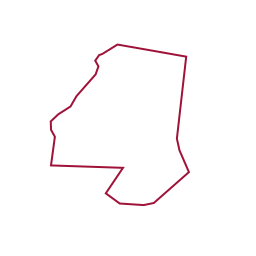 SVG path tracing the border of Vransko, rotated 331°
{"feature_id": "SVN-241", "entity_name": "Vransko", "entity_type": "Municipality", "adm_level": 1, "iso_a3": "SVN", "parent_name": "Slovenia", "parent_adm1": "", "projection": "robinson", "projection_center": [14.936, 46.238], "detail": "fine", "context": "isolated", "style": "outline", "palette": "rose", "viewbox_px": 256, "rotation_deg": 331, "n_neighbors": 0, "source": "natural_earth", "source_scale": "10m", "svg_char_len": 420}
<svg xmlns="http://www.w3.org/2000/svg" viewBox="0 0 256 256"><g transform="rotate(331 128 128)"><path d="M76.9,174.4L104.3,160.4L42.5,123.4L59.8,100.2L59.8,92.4L63.6,84.8L73.7,82.2L88.2,81.3L98.3,75.2L125.7,65.4L132.0,59.8L132.0,53.2L138.2,50.2L141.2,50.8L159.2,49.9L213.5,93.8L165.6,161.0L162.2,172.5L159.9,196.1L114.2,206.1L104.3,203.0L84.1,190.0L76.9,174.4Z" fill="none" stroke="#9f1239" stroke-width="2"/></g></svg>